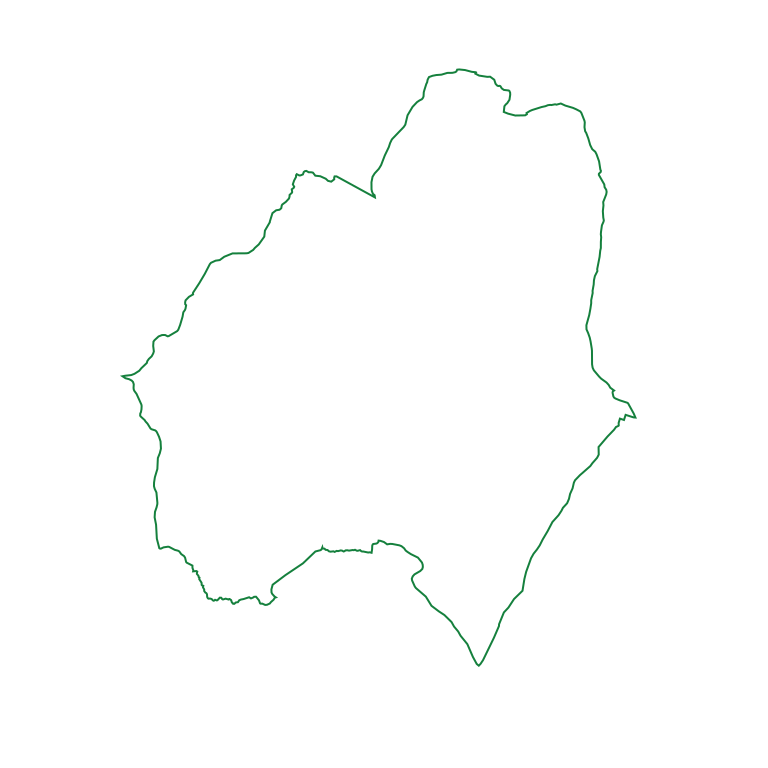 Tinjacá, Boyacá, Colombia (Mercator projection), rotated 169°
{"feature_id": "7082276B8672665666879", "entity_name": "Tinjacá", "entity_type": "district", "adm_level": 2, "iso_a3": "COL", "parent_name": "Colombia", "parent_adm1": "Boyacá", "projection": "mercator", "projection_center": [-73.669, 5.581], "detail": "fine", "context": "isolated", "style": "outline", "palette": "green", "viewbox_px": 768, "rotation_deg": 169, "n_neighbors": 0, "source": "geoboundaries", "source_scale": "gbopen_adm2", "svg_char_len": 6161}
<svg xmlns="http://www.w3.org/2000/svg" viewBox="0 0 768 768"><g transform="rotate(169 384 384)"><path d="M639.2,441.5L636.7,439.0L633.2,437.3L631.0,435.5L630.0,433.9L629.7,431.5L630.6,427.9L630.7,426.2L630.4,424.9L628.8,421.5L626.1,410.2L626.1,408.7L626.9,405.4L628.0,402.7L628.9,401.5L629.4,399.4L629.0,398.5L625.8,394.2L625.3,392.8L623.7,390.2L621.7,384.9L620.9,384.0L617.4,382.1L616.6,381.1L616.1,379.9L614.9,375.1L614.3,370.2L615.3,363.1L617.3,358.8L620.1,354.5L622.7,343.8L626.7,336.2L628.5,331.2L629.3,327.6L629.1,324.9L628.1,320.9L629.1,310.8L629.4,309.4L630.8,306.3L633.2,302.2L634.6,296.9L634.6,289.3L636.5,275.5L635.9,265.7L635.2,265.1L634.2,265.0L631.6,265.7L627.0,265.5L626.0,265.1L621.0,261.1L618.1,259.7L616.9,258.7L615.5,255.7L613.1,253.2L612.4,251.5L612.2,247.1L611.8,246.3L606.7,242.3L607.1,240.0L606.7,237.4L607.1,236.5L603.9,236.2L603.1,235.5L603.8,234.0L603.9,233.2L602.8,231.3L602.7,229.6L602.1,229.1L602.6,227.7L601.0,223.7L601.3,221.6L601.0,221.0L599.9,220.4L600.5,218.9L599.7,216.7L600.0,215.1L599.2,213.4L598.3,212.6L597.9,211.4L598.2,208.7L597.8,207.3L597.3,206.8L595.5,206.5L594.2,205.8L593.4,204.4L592.7,203.8L592.1,203.8L591.0,204.4L589.5,203.5L588.8,203.5L585.9,205.6L584.5,205.2L583.9,203.7L583.2,203.2L580.4,203.5L577.7,202.1L577.0,202.5L576.6,202.4L575.3,201.0L575.0,198.5L574.4,198.0L574.1,197.1L573.5,196.9L572.8,196.8L571.3,197.8L569.0,197.7L567.4,199.3L565.6,199.7L562.9,199.7L557.1,200.4L555.5,198.9L553.1,199.4L552.1,199.9L550.2,199.6L548.0,195.5L547.5,192.3L546.8,191.8L545.5,191.7L542.8,189.8L541.0,189.6L538.0,190.3L536.6,191.5L533.6,193.3L531.9,195.1L530.9,195.2L532.0,196.3L533.7,199.1L534.2,200.8L533.7,203.9L531.6,208.2L517.2,215.2L497.8,223.4L483.3,232.7L477.9,233.0L476.9,233.6L475.7,235.4L475.7,234.6L475.2,234.1L473.8,233.7L473.0,232.4L471.1,231.8L470.0,230.3L468.5,229.6L465.6,229.4L464.5,228.6L462.3,229.2L461.0,228.7L458.2,228.9L456.9,228.4L455.6,227.3L454.8,227.4L453.5,228.0L451.8,227.8L450.1,227.1L446.4,227.0L445.3,226.6L444.1,226.8L442.6,225.6L441.6,225.3L439.2,225.5L438.2,224.2L437.4,223.7L436.5,223.6L431.7,221.6L430.1,221.5L428.4,220.7L427.2,224.1L426.4,227.5L425.8,228.5L425.1,229.0L421.9,228.8L420.9,229.1L419.7,230.0L419.2,231.3L417.4,230.7L414.2,228.9L411.5,226.0L408.5,225.9L406.4,225.4L399.7,222.7L397.8,221.5L395.6,218.9L394.5,216.4L393.0,214.7L390.1,211.9L383.8,207.1L380.8,201.5L380.5,199.1L380.8,196.9L381.7,195.1L384.1,193.5L390.4,191.3L392.5,189.7L393.9,187.5L393.9,185.7L392.4,179.3L391.6,177.6L383.5,167.3L379.7,157.2L373.6,150.4L368.8,145.7L363.1,137.4L361.5,132.5L358.4,126.9L356.9,122.3L351.8,112.7L348.8,99.1L346.4,91.5L344.7,89.4L342.7,90.8L339.5,94.0L324.4,114.1L317.3,124.5L316.9,126.2L309.9,136.9L304.5,140.8L297.4,148.1L287.5,154.6L283.4,165.8L280.3,172.5L272.9,184.9L269.5,188.9L265.5,192.3L261.9,195.9L257.9,201.1L251.4,208.4L245.0,216.4L237.7,221.9L233.9,225.8L232.0,228.3L227.0,232.0L224.3,236.0L222.3,240.6L218.8,245.6L216.4,251.0L214.8,253.1L209.1,257.1L197.1,264.1L194.7,266.4L188.9,270.9L186.7,273.7L185.4,281.2L174.6,289.8L166.9,295.2L164.5,297.5L161.8,298.2L161.5,298.5L161.1,301.0L159.0,305.0L155.3,302.9L152.7,307.6L145.4,303.6L143.6,303.1L144.5,307.3L148.1,318.5L148.8,319.2L155.7,323.0L159.6,325.6L160.7,326.7L161.2,328.0L161.3,331.8L160.8,333.1L159.4,333.7L162.6,337.2L163.6,340.2L165.3,343.0L169.8,347.8L171.4,350.2L175.4,357.4L176.1,360.2L176.0,363.6L173.5,377.0L173.3,379.4L173.1,386.4L173.2,390.3L173.9,395.1L174.8,399.0L174.1,403.1L169.4,412.5L167.0,418.6L165.2,423.7L164.6,426.8L161.8,433.5L161.5,435.6L159.2,441.6L158.1,445.8L156.4,449.7L153.0,454.1L152.8,456.1L148.1,467.7L146.3,473.6L145.2,476.1L144.0,482.1L142.8,486.6L142.6,489.6L141.9,492.1L139.8,498.2L137.5,501.5L137.0,502.7L137.0,505.5L136.2,511.9L134.5,517.4L134.1,520.8L129.7,527.7L128.8,530.1L128.8,532.3L129.9,535.1L129.7,537.9L133.2,548.3L132.9,549.4L130.8,550.8L130.4,551.9L130.7,553.2L130.4,561.5L131.5,568.8L132.3,571.6L134.8,574.8L136.0,579.2L136.6,586.1L137.6,591.9L138.3,593.7L138.2,597.8L137.0,602.5L137.0,604.2L138.5,612.3L139.3,614.1L142.8,616.9L145.8,619.0L152.9,622.7L156.9,625.6L161.4,625.3L162.7,625.9L166.5,625.9L167.7,626.3L170.0,626.4L172.5,625.9L176.5,625.8L186.2,624.7L188.6,624.2L192.4,622.8L192.3,621.5L194.2,620.8L203.9,622.5L210.6,625.7L214.5,628.2L212.8,633.7L211.1,635.2L209.5,636.1L206.6,639.1L204.9,643.9L204.6,645.9L205.0,647.7L205.5,648.3L210.2,649.8L212.0,651.7L212.9,654.1L213.5,654.6L215.0,654.7L216.0,655.4L217.2,657.4L217.7,661.6L221.2,665.4L224.0,665.8L231.8,668.6L235.1,671.2L234.2,672.3L234.4,672.5L238.3,673.7L244.5,676.7L250.1,678.4L252.2,678.6L253.3,677.0L254.6,676.5L257.4,676.4L262.5,677.3L268.6,676.7L273.7,677.3L277.6,677.3L281.3,676.7L283.1,674.4L284.1,671.9L285.2,670.5L288.3,664.8L289.3,662.8L290.3,658.8L291.1,657.5L292.5,656.3L295.0,655.6L297.8,654.4L303.1,650.6L309.6,643.3L313.6,634.5L315.6,632.5L329.1,623.0L330.0,622.1L332.0,619.4L334.1,615.6L339.6,608.2L345.1,599.4L348.0,596.2L353.0,592.5L355.7,589.6L357.8,584.5L359.1,577.5L359.1,575.4L358.6,572.8L357.2,571.1L357.3,568.9L390.9,596.8L392.9,597.2L393.6,595.9L393.8,594.4L397.2,592.7L400.2,594.1L402.0,596.6L406.9,600.1L411.7,601.6L413.4,605.0L414.6,605.6L417.5,606.2L419.6,608.0L421.1,608.0L422.3,607.4L423.6,605.2L426.2,604.7L427.4,604.9L429.6,606.6L430.5,605.7L430.8,604.1L433.4,600.9L435.4,597.4L434.5,594.7L435.3,593.7L437.4,592.7L437.5,590.0L437.8,589.4L440.6,587.6L441.0,585.9L441.9,584.2L445.6,581.5L449.6,579.6L450.3,578.8L451.3,576.2L452.2,575.6L453.3,575.0L456.7,575.1L460.9,573.0L465.1,565.2L465.2,564.6L471.6,557.3L473.4,551.5L480.3,544.9L484.7,542.3L486.8,540.6L492.0,538.5L493.8,538.5L507.8,541.1L516.5,539.4L521.6,537.0L525.8,537.2L530.7,536.0L532.1,534.9L538.9,526.3L546.2,518.1L553.7,510.4L554.3,509.6L554.3,508.4L558.8,506.8L562.8,504.0L563.6,502.2L563.9,500.2L563.2,499.1L564.5,495.8L565.3,494.6L567.3,492.7L568.9,488.5L572.9,480.8L575.6,476.5L576.9,475.4L586.2,472.1L587.3,472.1L589.4,473.8L591.3,474.2L592.6,474.4L596.2,473.7L600.9,470.8L602.2,469.6L603.3,465.4L603.7,459.9L604.8,457.9L606.8,455.5L610.0,453.5L612.0,451.6L612.8,449.9L619.2,445.8L621.7,443.7L627.0,441.6L630.4,441.0L636.6,441.5L639.2,441.5Z" fill="none" stroke="#15803d" stroke-width="2"/></g></svg>